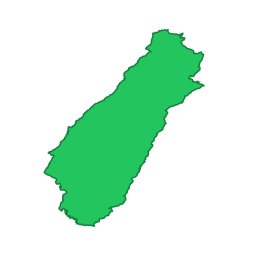 Sai Yok, Kanchanaburi, Thailand (Equal Earth projection), rotated 254°
{"feature_id": "78962969B26028425570589", "entity_name": "Sai Yok", "entity_type": "district", "adm_level": 2, "iso_a3": "THA", "parent_name": "Thailand", "parent_adm1": "Kanchanaburi", "projection": "equal_earth", "projection_center": [98.933, 14.238], "detail": "fine", "context": "isolated", "style": "filled", "palette": "green", "viewbox_px": 256, "rotation_deg": 254, "n_neighbors": 0, "source": "geoboundaries", "source_scale": "gbopen_adm2", "svg_char_len": 5767}
<svg xmlns="http://www.w3.org/2000/svg" viewBox="0 0 256 256"><g transform="rotate(254 128 128)"><path d="M173.4,132.3L171.5,130.6L170.7,129.0L169.4,129.0L168.9,128.6L167.2,125.8L166.2,124.9L165.6,123.3L164.8,122.5L164.7,120.0L163.3,117.7L163.5,115.6L162.4,113.7L161.2,112.8L161.6,111.6L161.1,110.5L160.9,107.8L160.2,105.6L160.3,103.7L160.0,102.6L157.5,97.5L156.1,95.3L156.0,93.6L155.0,92.3L154.6,90.8L153.5,89.8L153.4,88.8L152.0,88.6L151.4,88.1L150.9,86.4L150.2,85.9L150.4,84.5L149.7,83.1L149.0,82.5L149.3,81.3L148.9,79.8L148.5,79.4L146.9,79.7L146.2,77.8L144.8,76.9L145.1,75.2L144.0,74.4L143.9,73.8L145.0,72.6L145.4,71.4L145.3,70.9L143.5,70.1L142.3,70.5L142.1,69.6L140.8,69.4L141.1,68.8L140.8,68.5L139.6,68.8L138.9,68.4L139.2,68.1L138.9,67.1L137.1,66.2L136.1,64.5L134.9,64.3L134.9,63.5L134.1,62.2L133.2,59.5L132.7,59.0L131.5,58.8L130.0,57.4L129.0,55.6L128.5,53.7L127.6,52.4L127.9,51.2L127.3,50.6L127.2,49.2L126.6,48.4L126.7,45.6L126.0,44.6L125.4,45.0L125.3,45.9L124.7,46.4L123.5,46.5L122.4,48.2L122.3,49.0L121.7,49.1L120.5,48.2L120.6,47.6L120.4,47.2L118.1,45.6L116.3,43.3L115.6,43.2L115.2,42.1L114.2,42.0L113.9,41.1L111.9,40.0L112.0,38.7L109.6,36.7L109.1,35.7L108.2,35.2L105.6,37.3L104.8,38.3L104.7,38.9L103.6,40.1L101.3,41.9L100.3,43.6L98.8,45.2L97.6,45.2L97.5,44.6L95.8,43.5L94.0,43.8L93.4,45.3L93.7,46.6L93.2,47.3L91.0,47.3L90.7,46.6L90.2,47.6L89.5,47.2L89.7,46.3L89.5,46.1L87.1,46.1L86.8,46.6L86.8,47.8L86.3,48.4L86.0,49.6L84.4,51.0L83.3,51.5L82.5,51.0L82.5,50.2L81.8,49.4L81.9,47.8L80.7,46.6L79.4,46.1L78.3,46.3L77.2,45.4L75.6,45.3L74.7,43.2L73.6,42.2L72.3,41.9L69.9,39.6L69.1,39.6L66.7,41.2L67.0,42.2L68.5,42.8L68.6,43.3L67.7,44.5L66.5,44.5L65.8,46.5L65.2,46.8L64.3,46.6L65.1,46.0L64.9,45.3L64.3,45.1L64.4,44.2L63.2,44.6L63.2,45.6L62.7,45.3L62.9,44.9L62.3,44.8L62.4,43.8L61.8,45.5L61.3,45.7L60.5,45.4L60.2,46.3L59.6,46.2L59.5,46.9L59.0,47.4L59.5,47.8L59.4,48.0L58.6,48.0L58.2,47.1L57.7,47.2L58.2,48.1L57.5,48.3L57.9,48.5L57.4,49.0L57.5,49.8L57.1,49.9L57.2,50.2L56.8,50.4L56.4,50.3L56.2,51.2L55.4,50.7L54.8,51.1L55.1,52.5L54.2,52.8L54.5,53.5L53.8,53.5L53.3,53.0L52.6,53.3L52.7,52.3L52.2,52.5L51.8,51.9L51.3,52.0L50.9,52.7L50.0,52.6L49.8,53.7L48.6,54.7L48.3,56.9L47.9,56.6L47.6,57.9L46.9,58.4L46.3,59.4L45.8,62.6L45.2,63.5L45.2,64.1L44.7,64.8L44.8,65.5L43.8,66.9L43.6,67.6L43.0,68.6L43.7,68.8L44.9,68.2L45.7,69.2L45.8,70.3L46.5,71.2L45.9,72.0L46.2,72.7L46.1,74.6L47.6,74.8L48.2,75.4L48.4,77.5L48.0,78.6L48.0,80.1L49.4,82.3L49.6,83.6L49.3,85.2L50.6,85.9L50.9,86.7L51.6,86.7L51.8,87.5L52.3,88.3L52.3,90.1L55.3,89.7L55.6,88.3L56.0,87.9L56.4,90.0L56.7,90.2L56.1,92.5L56.1,95.8L55.8,97.2L56.7,99.4L56.5,100.6L56.7,102.1L57.7,103.4L57.7,103.8L59.2,105.1L59.3,105.7L60.4,106.4L61.3,106.0L62.6,106.6L63.3,106.3L63.9,105.4L64.4,106.7L66.5,109.7L67.3,109.6L69.4,111.7L69.8,112.7L70.9,112.6L72.1,113.6L73.8,115.2L73.9,116.0L74.8,117.7L76.0,118.3L76.9,117.9L77.1,117.5L78.4,117.3L79.0,119.6L79.0,121.7L80.1,123.7L81.4,124.1L82.5,126.2L83.2,127.0L83.9,127.0L84.6,128.0L85.4,128.4L86.0,127.6L86.4,128.1L86.5,128.9L87.6,129.9L88.1,129.7L88.4,130.9L89.2,131.5L91.0,135.0L92.0,134.6L92.3,135.1L92.8,135.2L93.4,136.6L94.2,136.4L95.2,137.0L95.7,139.4L96.4,139.5L97.1,140.4L100.2,141.1L100.5,142.4L101.1,142.6L103.4,146.2L104.8,147.1L105.9,146.1L106.8,146.3L107.8,147.3L109.0,149.8L110.2,149.7L112.0,151.8L112.3,152.9L112.9,153.5L114.0,154.4L114.4,154.1L114.9,154.2L116.0,157.0L116.6,160.2L117.5,161.3L118.9,161.7L120.0,163.3L121.3,164.3L121.9,165.7L122.8,165.0L123.8,165.5L126.4,165.2L128.0,166.1L128.6,167.5L129.5,167.6L130.3,169.1L131.8,170.3L133.5,169.8L134.4,168.9L134.7,168.9L135.1,170.7L136.6,173.3L136.8,179.4L137.1,180.4L136.8,181.7L137.3,182.6L137.3,184.0L137.8,185.6L137.7,186.1L137.3,186.3L137.4,187.1L137.6,187.6L139.1,188.6L141.5,190.9L142.8,191.3L143.1,191.7L142.7,193.0L143.2,194.6L144.8,197.1L144.5,198.1L145.6,198.9L146.2,201.8L146.2,202.7L146.8,204.4L146.5,207.2L146.8,208.6L147.9,210.5L148.0,211.7L147.6,212.4L148.0,212.6L149.3,211.4L150.6,209.1L151.5,208.3L151.8,207.4L152.4,207.3L152.7,208.5L153.0,207.8L153.6,207.8L153.7,206.8L153.4,206.0L153.7,205.6L153.9,204.1L154.5,203.3L154.8,203.5L155.2,203.1L155.4,203.4L155.9,203.0L156.9,203.1L158.3,201.6L158.4,200.2L158.7,200.2L161.2,202.2L160.9,202.8L160.1,203.1L159.6,205.2L160.0,206.0L161.4,207.2L164.0,212.9L165.8,213.8L167.1,212.7L167.6,212.7L168.4,214.0L169.2,213.9L171.2,215.2L173.0,217.7L177.6,220.8L179.1,219.6L180.8,219.3L180.8,217.0L180.2,215.9L180.4,214.8L181.1,213.7L181.3,212.0L184.1,212.2L185.8,210.6L188.3,206.7L190.7,205.3L192.2,203.5L194.4,203.1L195.3,202.4L196.2,202.5L196.7,203.3L196.7,204.0L197.2,204.7L197.4,206.2L198.1,206.1L198.2,206.8L198.9,206.5L199.0,206.8L199.8,205.1L199.6,204.7L199.7,204.2L200.6,203.5L200.6,203.0L200.9,203.0L201.5,203.3L201.6,204.3L202.0,204.3L201.8,205.2L202.3,205.2L202.5,204.7L203.3,206.2L203.1,206.4L203.4,206.7L203.9,206.7L203.6,204.8L203.7,203.0L203.4,201.8L204.9,200.6L205.9,197.1L207.7,193.7L208.5,193.3L210.7,192.9L211.3,193.4L211.5,191.7L212.2,190.5L212.0,189.0L212.7,187.3L212.3,186.0L213.0,184.8L212.1,184.0L211.9,183.3L211.8,182.2L212.2,180.7L211.7,179.6L212.2,178.9L212.1,177.9L209.3,177.3L206.8,175.4L205.5,175.0L205.3,174.5L204.2,174.3L201.9,172.9L201.4,172.1L201.8,171.2L201.2,170.6L200.6,168.4L199.5,167.1L199.0,167.0L198.8,167.7L197.6,169.1L196.9,169.5L196.0,170.8L195.0,170.8L195.2,169.5L194.8,168.7L194.9,168.4L192.5,164.6L192.7,162.2L192.2,160.5L192.1,159.0L191.1,157.8L190.5,157.5L189.7,155.9L188.1,155.4L187.6,153.7L187.0,153.3L186.5,151.5L185.5,150.3L185.7,149.6L186.3,148.8L185.4,147.7L185.7,147.2L185.6,145.8L185.1,145.1L184.4,145.2L184.1,144.4L183.4,144.0L182.8,141.3L181.8,139.5L179.0,138.4L176.8,139.2L176.5,138.7L176.5,137.8L175.4,138.0L174.4,134.6L173.6,133.4L173.4,132.3Z" fill="#22c55e" stroke="#15803d" stroke-width="1.5"/></g></svg>